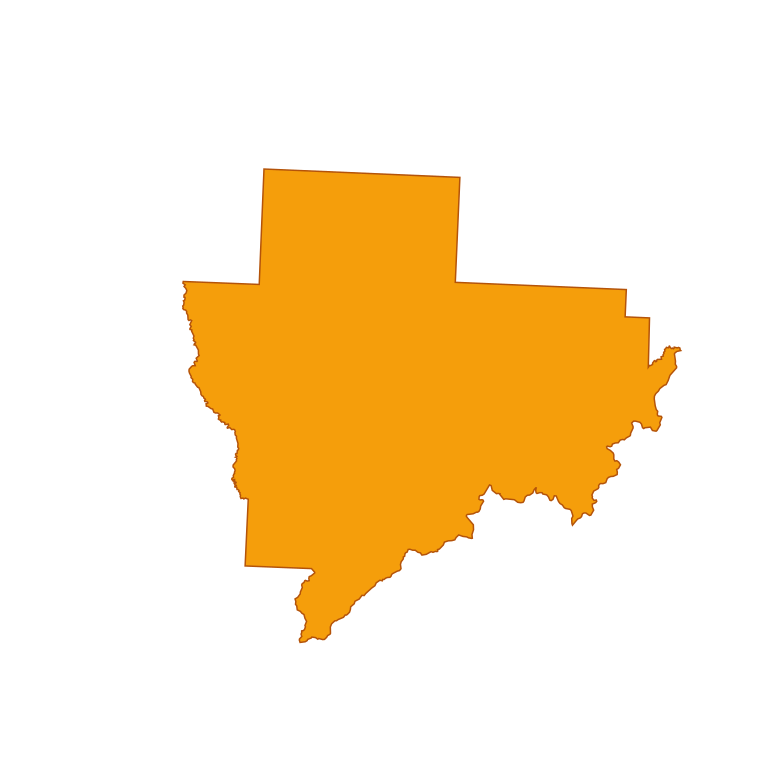 outline of Catan Lil, Neuquén, Argentina, rotated 226°
{"feature_id": "61730980B52691065899930", "entity_name": "Catan Lil", "entity_type": "district", "adm_level": 2, "iso_a3": "ARG", "parent_name": "Argentina", "parent_adm1": "Neuquén", "projection": "orthographic", "projection_center": [-70.539, -39.454], "detail": "fine", "context": "isolated", "style": "filled", "palette": "amber", "viewbox_px": 768, "rotation_deg": 226, "n_neighbors": 0, "source": "geoboundaries", "source_scale": "gbopen_adm2", "svg_char_len": 6171}
<svg xmlns="http://www.w3.org/2000/svg" viewBox="0 0 768 768"><g transform="rotate(226 384 384)"><path d="M291.2,170.7L288.8,169.5L287.0,167.3L285.0,167.1L281.8,164.7L278.6,165.9L276.1,165.7L273.8,166.3L270.4,164.4L267.0,163.4L265.2,159.4L263.9,158.8L262.6,156.2L262.7,154.6L263.6,153.3L262.2,151.9L261.7,150.6L259.5,149.5L259.3,146.1L258.6,145.2L256.4,144.1L253.3,148.3L252.8,150.5L253.3,151.6L251.8,155.4L252.1,156.3L249.1,158.6L246.4,159.1L246.2,160.3L242.7,162.4L241.6,163.8L241.6,166.7L242.2,168.7L241.5,171.3L241.8,172.3L246.5,176.6L247.9,179.8L247.8,184.1L246.7,185.4L246.4,187.4L244.3,192.8L244.8,195.6L244.0,196.3L243.7,197.4L243.8,200.7L245.1,203.1L246.9,205.3L246.6,209.9L247.9,212.2L246.5,216.8L247.3,221.3L245.6,222.8L246.0,225.2L245.8,233.2L245.2,237.3L246.4,240.3L245.7,244.7L243.6,246.1L244.3,247.3L243.4,248.2L243.1,250.5L242.4,252.1L240.8,254.0L240.8,255.4L241.7,257.3L241.6,258.6L240.1,263.7L239.1,265.4L239.1,267.0L239.4,268.0L242.8,270.5L244.2,272.9L244.8,276.4L246.2,277.8L245.7,279.1L247.4,281.3L247.5,282.6L247.0,283.9L248.2,286.4L247.2,287.8L244.6,289.1L242.7,291.0L239.4,291.5L237.2,292.9L234.7,292.4L234.4,292.7L232.1,296.1L230.7,301.4L228.9,302.3L227.9,304.7L226.6,305.7L226.5,306.7L227.7,307.5L226.8,309.2L227.0,314.9L228.3,317.6L226.6,321.2L224.2,324.0L222.7,326.7L223.5,329.2L223.5,332.9L219.5,334.9L216.6,337.3L214.7,337.9L212.0,339.8L211.7,340.4L214.6,342.7L217.0,347.2L220.7,350.5L230.3,351.1L231.7,351.4L232.3,352.2L232.3,353.2L228.7,358.0L227.6,361.4L226.7,362.4L226.4,363.8L227.3,366.5L229.1,368.8L230.5,374.2L231.7,374.6L232.7,374.1L233.7,372.7L235.1,372.2L236.8,374.1L237.2,375.3L235.7,377.5L235.3,379.5L238.1,389.8L236.5,390.5L232.3,388.0L227.0,388.7L226.0,390.1L224.4,391.2L224.1,390.6L217.8,390.0L216.9,391.8L210.2,397.4L206.1,398.0L205.1,398.7L203.6,399.9L202.3,401.8L202.6,403.4L204.6,407.1L204.4,409.8L202.9,411.7L202.3,415.4L203.7,418.6L203.9,421.0L203.5,421.3L202.1,419.2L200.1,417.9L199.0,418.0L197.6,420.7L196.0,422.2L194.6,421.8L191.3,424.0L188.7,423.9L185.1,422.6L184.0,423.2L183.6,425.4L185.3,428.9L183.8,430.1L178.2,427.9L175.7,427.6L173.0,428.3L170.0,427.7L168.4,428.1L164.7,430.7L163.0,430.8L158.3,428.5L157.6,427.9L156.9,425.6L153.0,422.2L151.5,421.5L152.4,429.5L151.3,432.3L151.4,434.0L152.8,436.6L152.3,438.2L151.0,439.6L146.7,440.5L146.0,441.7L147.6,447.2L150.8,448.5L152.9,450.4L151.6,453.8L151.8,455.5L153.1,456.1L154.4,454.2L157.4,454.6L158.4,455.9L159.7,456.4L161.3,460.5L160.0,465.3L160.4,466.7L161.9,467.9L162.2,469.6L162.0,470.6L160.2,472.3L159.0,475.0L160.8,478.6L160.9,480.6L159.9,482.9L158.3,484.8L156.9,488.8L158.6,490.7L160.9,492.0L160.4,494.1L161.6,498.0L164.8,498.6L167.1,498.2L168.1,496.6L170.3,497.1L173.4,500.1L175.0,500.9L178.9,500.7L182.5,499.6L184.2,500.5L184.2,501.5L181.8,503.1L181.1,504.6L182.1,506.6L180.9,509.4L179.0,511.7L179.6,515.0L178.3,517.2L176.9,518.1L176.9,520.9L175.8,524.8L176.0,525.7L177.3,527.3L179.3,532.6L180.4,533.6L183.9,535.0L183.9,537.7L182.6,539.1L178.7,541.5L176.4,541.4L172.9,539.6L171.5,539.9L171.4,541.1L167.9,545.7L164.1,544.8L161.6,546.5L160.9,547.3L161.0,548.4L162.7,554.4L164.6,555.4L166.9,560.7L168.1,561.0L170.4,559.1L171.4,559.0L172.5,559.7L174.2,561.9L176.5,562.1L180.0,564.0L185.6,568.1L187.4,570.1L188.3,572.9L188.3,576.6L189.1,579.2L188.5,584.6L187.6,586.5L189.1,590.8L191.6,595.7L192.4,605.7L193.4,606.7L195.9,607.3L197.9,609.5L203.9,613.8L204.2,614.5L204.0,617.3L201.9,620.7L202.8,620.7L204.3,621.8L205.7,621.3L206.3,620.0L208.9,618.4L208.2,617.3L208.3,616.7L209.4,616.5L209.6,615.6L211.0,615.2L212.9,615.7L213.1,615.2L212.4,614.6L212.5,613.7L214.2,612.6L213.7,611.0L214.0,609.9L212.5,608.9L212.5,607.2L211.5,606.6L211.2,605.1L210.1,604.3L211.1,602.2L209.0,600.8L211.7,597.8L211.7,596.8L211.0,595.9L211.2,595.0L212.6,595.2L213.0,594.7L212.5,591.8L211.5,590.7L212.1,588.5L212.9,587.9L212.5,585.8L247.1,620.9L264.8,604.1L283.6,623.9L407.6,505.9L479.9,582.1L622.0,447.0L542.3,363.4L597.2,310.8L596.2,309.4L593.4,309.9L593.1,307.9L590.6,307.9L588.2,307.1L586.9,304.7L586.9,301.9L585.4,300.4L584.5,301.0L583.9,300.5L582.8,298.9L583.2,297.5L581.9,297.1L580.9,296.0L579.9,294.6L579.9,293.4L578.2,292.3L578.0,291.7L576.6,291.6L574.9,292.7L573.2,292.4L572.2,291.3L569.8,290.7L566.4,287.8L565.2,287.8L564.6,289.3L563.2,289.7L561.5,285.5L559.4,285.4L558.6,282.8L558.0,282.3L556.4,283.3L555.6,282.3L550.5,280.6L549.4,278.6L547.9,278.2L547.6,277.1L544.9,277.5L544.4,276.7L544.7,275.8L544.1,275.5L544.1,274.6L542.6,275.5L537.4,274.1L534.4,271.3L532.9,270.8L533.0,266.8L530.2,265.7L530.1,265.2L531.7,263.7L531.5,262.4L528.3,261.0L530.0,259.1L530.3,257.9L530.0,254.1L528.8,252.7L527.1,251.7L523.4,250.6L522.6,249.6L520.3,249.7L518.8,248.0L517.4,247.9L516.0,248.7L514.9,248.1L511.2,247.7L509.9,248.3L505.8,246.8L503.6,245.1L501.8,244.9L500.6,245.4L498.7,244.6L497.3,245.0L496.9,244.8L496.8,243.5L495.9,243.0L494.2,244.4L493.2,244.5L492.5,243.7L493.4,242.3L491.5,240.8L490.2,241.8L486.3,242.5L485.1,243.4L481.8,242.0L480.1,242.7L478.8,244.2L475.6,244.5L475.5,243.9L476.2,242.8L474.3,241.6L473.9,240.5L472.4,240.7L471.5,241.5L470.7,240.8L469.5,240.7L468.9,241.6L466.9,242.7L465.9,241.7L465.1,241.6L463.4,244.1L462.2,243.6L461.7,241.1L461.0,240.7L459.8,242.8L457.0,242.8L455.8,244.4L454.9,244.8L453.1,244.1L452.7,243.1L450.7,241.6L448.9,241.6L447.6,240.2L442.7,237.7L440.2,235.0L438.7,234.8L437.9,233.6L438.1,232.4L436.1,230.0L436.8,229.3L436.7,228.5L435.8,227.9L434.1,228.0L434.5,226.4L433.7,226.8L432.6,226.4L432.1,225.1L431.1,224.5L430.5,219.2L429.2,217.8L426.7,217.7L425.0,216.6L424.5,215.2L423.4,214.3L423.5,213.5L422.8,211.9L421.4,210.9L421.8,209.1L421.0,208.2L420.1,208.2L419.1,210.2L418.2,209.4L418.5,208.3L416.0,209.3L415.7,208.5L416.8,207.3L414.9,206.8L413.7,207.3L413.5,206.7L414.1,205.7L413.6,205.2L412.0,206.3L410.2,205.0L409.4,205.7L408.1,205.7L407.7,204.8L405.8,204.9L405.0,203.9L403.7,203.6L402.9,202.4L401.0,201.6L399.9,203.3L398.7,203.3L398.2,205.1L395.4,206.3L349.6,157.7L301.6,203.6L296.8,203.4L296.2,202.9L296.6,198.4L297.4,196.4L296.4,194.9L294.5,193.6L295.5,191.9L297.4,191.0L297.5,190.2L296.8,188.6L297.2,186.5L296.6,185.2L294.3,183.8L292.5,179.4L291.2,177.9L290.5,173.7L291.2,170.7Z" fill="#f59e0b" stroke="#b45309" stroke-width="1.5"/></g></svg>